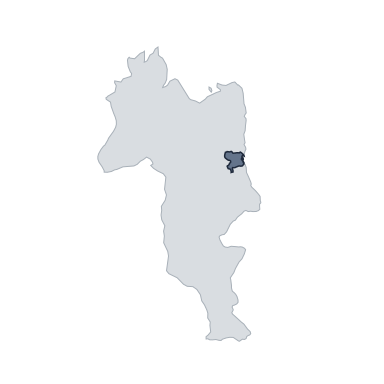 Wiwon, Chagang-do, North Korea shown in context, rotated 123°
{"feature_id": "82179303B10108678790042", "entity_name": "Wiwon", "entity_type": "district", "adm_level": 2, "iso_a3": "PRK", "parent_name": "North Korea", "parent_adm1": "Chagang-do", "projection": "mercator", "projection_center": [126.021, 40.774], "detail": "fine", "context": "in_parent", "style": "filled", "palette": "slate", "viewbox_px": 384, "rotation_deg": 123, "n_neighbors": 0, "source": "geoboundaries", "source_scale": "gbopen_adm2", "svg_char_len": 5350}
<svg xmlns="http://www.w3.org/2000/svg" viewBox="0 0 384 384"><g transform="rotate(123 192 192)"><path d="M223.2,276.5L222.0,277.2L219.8,281.1L217.7,286.1L215.7,288.8L213.5,290.3L211.0,291.1L206.1,291.5L201.7,291.2L200.3,290.6L194.2,290.9L192.5,291.3L183.8,290.9L179.3,291.3L176.4,292.3L173.5,294.3L170.9,297.3L168.7,300.5L164.2,306.4L161.0,309.3L161.0,313.4L160.9,314.6L159.8,315.5L159.4,315.1L157.5,314.8L150.1,311.1L144.1,313.4L142.5,316.4L140.9,317.3L138.5,311.5L134.5,311.3L128.2,306.1L125.5,307.2L124.8,309.2L121.4,314.0L116.6,317.9L115.0,318.4L113.2,318.1L113.5,317.1L111.5,312.7L103.9,310.9L101.2,309.0L99.8,308.6L107.2,303.7L109.2,302.8L107.7,301.7L106.1,301.1L100.0,301.8L96.8,300.2L92.1,300.7L88.9,299.5L95.6,294.6L95.9,291.8L95.8,289.6L99.2,283.1L102.6,279.6L111.5,274.5L115.3,273.8L118.1,274.0L120.4,273.5L118.0,271.6L115.7,270.7L111.1,270.9L106.3,268.0L105.9,264.9L115.1,245.3L115.3,243.5L113.8,238.7L113.3,234.0L106.8,231.4L103.8,231.0L95.4,225.8L92.0,223.1L90.7,223.9L90.4,228.1L89.2,229.0L87.0,229.9L85.9,225.0L84.1,221.5L78.4,218.0L76.4,216.0L77.4,211.8L76.9,211.4L77.8,206.6L81.3,202.9L89.7,196.4L91.9,193.3L96.2,189.6L98.1,189.7L100.1,189.4L100.7,187.8L101.1,186.6L102.8,185.4L107.0,183.4L111.7,180.8L115.4,180.0L120.0,176.0L121.8,174.3L123.7,174.3L124.2,173.5L125.3,171.4L126.7,170.1L128.8,169.8L132.1,168.8L136.3,168.2L139.1,164.9L140.0,162.5L141.9,159.9L145.9,157.0L148.6,152.7L151.7,148.1L153.1,146.6L154.5,146.3L155.4,144.5L156.3,139.6L157.7,134.8L158.6,132.5L162.1,130.0L163.0,128.8L163.7,128.4L165.4,128.7L167.5,127.3L169.6,125.7L171.5,126.2L173.4,127.6L175.3,130.3L176.2,132.4L177.8,134.2L178.1,136.7L179.7,137.9L183.0,138.4L188.4,140.2L192.0,140.3L194.0,141.6L198.2,142.3L206.6,141.3L210.1,141.9L211.5,143.5L213.6,144.8L215.0,144.8L216.9,142.6L218.9,139.1L220.2,136.3L220.1,134.2L219.0,131.8L216.2,129.6L214.4,126.3L212.6,122.8L211.6,121.6L210.8,119.9L210.6,117.3L211.2,115.6L215.4,114.4L220.8,113.7L225.2,114.4L232.4,113.9L236.9,113.0L240.2,113.1L243.2,113.1L244.6,111.6L248.9,108.0L250.9,106.7L253.2,104.2L253.5,101.6L254.0,99.6L255.2,97.3L257.5,94.6L259.4,93.3L261.5,93.5L263.7,94.8L265.1,96.0L266.7,95.7L268.1,93.5L268.9,93.1L271.5,92.9L272.3,91.6L273.3,85.2L274.2,80.1L274.5,76.6L276.7,70.8L277.4,67.2L278.8,65.6L280.4,65.7L281.7,66.7L283.3,67.4L285.5,66.8L287.1,67.7L288.0,69.6L291.3,70.9L291.6,71.8L291.5,78.2L293.3,81.2L295.7,83.8L298.9,86.3L300.7,86.8L301.7,88.6L302.7,91.6L305.0,94.5L306.3,96.6L306.5,98.8L307.6,100.1L305.7,101.4L303.3,100.6L299.2,100.1L294.0,104.4L291.1,105.9L289.1,110.2L285.0,112.7L282.8,115.4L279.9,120.0L278.0,124.5L273.6,129.0L271.1,134.8L270.9,139.7L273.7,144.7L274.0,148.9L272.0,157.7L273.1,166.9L271.9,170.5L258.5,176.8L255.0,180.0L250.0,188.1L244.0,191.2L240.3,194.5L235.1,196.4L231.8,202.2L228.2,205.4L223.9,207.4L220.7,209.9L213.5,210.0L208.4,211.8L204.7,216.5L193.8,222.0L192.3,226.0L193.1,232.3L193.1,237.1L192.2,241.1L189.8,240.0L188.5,241.3L187.1,244.9L187.5,249.1L191.2,250.4L194.3,252.1L198.6,253.0L201.8,254.9L208.5,263.6L214.1,267.4L215.5,268.9L218.7,270.8L221.6,273.8L223.2,276.5ZM96.7,233.6L94.7,234.9L94.6,232.5L96.2,230.5L97.8,230.2L96.7,233.6Z" fill="#d9dde1" stroke="#a8b0b8" stroke-width="1"/><path d="M135.8,177.0L136.5,178.0L137.1,178.6L137.1,179.1L136.9,179.7L136.5,180.5L136.6,181.3L137.0,181.6L137.6,182.0L138.0,182.4L138.3,183.1L138.6,183.8L139.0,184.6L139.5,184.6L140.0,185.2L140.8,185.4L140.8,185.5L142.1,185.1L143.4,184.6L144.5,183.9L145.2,183.0L145.4,182.0L145.5,180.8L145.6,179.5L145.4,178.4L145.0,177.8L144.9,177.1L145.0,176.5L145.9,175.8L146.8,175.9L147.6,176.2L148.2,175.9L148.8,175.8L149.1,175.9L150.1,176.1L150.6,176.5L151.2,176.6L151.4,176.3L151.5,176.1L151.9,175.7L152.4,174.9L152.7,174.4L152.4,173.4L152.1,172.9L152.1,172.3L152.4,171.5L153.4,170.4L154.3,169.8L154.0,169.6L152.9,168.5L151.8,169.2L150.3,171.0L149.8,171.2L149.4,171.2L149.1,170.6L148.7,170.0L148.1,169.2L147.5,168.9L146.6,168.3L145.8,167.7L145.3,167.4L144.7,166.9L144.4,166.5L144.2,166.1L143.9,165.4L143.4,164.8L143.1,164.3L142.4,163.9L141.3,163.9L140.7,163.6L140.0,163.9L139.2,164.3L139.2,164.5L139.3,164.6L139.4,164.8L139.5,164.8L139.4,165.0L139.2,165.2L139.1,165.3L138.9,165.3L138.7,165.3L138.4,165.5L138.4,165.8L138.4,166.0L138.5,166.0L138.4,166.2L138.4,166.3L138.2,166.4L138.1,166.5L137.9,166.5L137.8,166.8L137.9,167.0L138.0,167.1L137.9,167.2L137.9,167.3L137.7,167.3L137.5,167.2L137.4,167.1L137.2,167.0L137.2,166.9L136.9,166.9L136.7,166.8L136.5,167.0L136.4,167.0L136.2,167.2L136.2,167.3L136.0,167.5L135.9,167.5L135.7,167.7L135.7,167.8L135.6,168.0L135.8,168.1L136.0,168.1L136.2,167.9L136.3,167.9L136.4,167.7L136.5,167.7L136.8,167.7L136.8,167.8L137.0,167.8L137.2,168.0L137.3,168.0L137.5,168.2L137.5,168.3L137.5,168.5L137.4,168.5L137.2,168.6L136.9,168.6L136.7,168.6L136.6,168.8L136.4,168.8L136.2,168.8L136.1,168.7L135.9,168.6L135.8,168.4L135.7,168.3L135.4,168.5L135.3,168.8L135.3,169.0L135.2,169.3L135.0,169.5L134.9,169.5L134.7,169.5L134.4,169.6L134.2,169.6L133.9,169.5L133.7,169.5L133.7,169.4L133.4,169.3L133.4,169.2L133.2,168.9L133.2,168.7L133.3,168.7L133.4,168.4L133.5,168.3L133.5,168.2L133.4,168.0L133.4,167.9L133.3,168.0L133.2,168.1L133.2,168.3L133.1,168.5L132.9,168.6L132.5,169.8L132.4,170.7L132.3,171.2L132.2,172.0L132.2,173.2L132.7,173.5L133.3,173.5L133.6,173.9L134.1,174.9L135.0,176.2L135.4,176.6L135.8,177.0Z" fill="#64748b" stroke="#1e293b" stroke-width="1.5"/></g></svg>